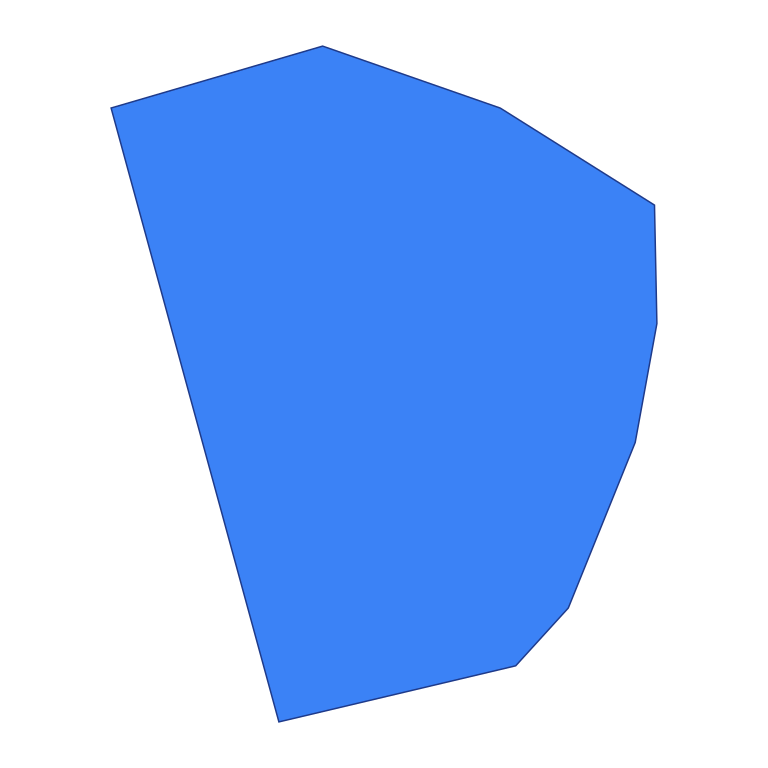 the Parish of Saint George Gingerland
{"feature_id": "KNA-5102", "entity_name": "Saint George Gingerland", "entity_type": "Parish", "adm_level": 1, "iso_a3": "KNA", "parent_name": "Saint Kitts and Nevis", "parent_adm1": "", "projection": "orthographic", "projection_center": [-62.55, 17.125], "detail": "fine", "context": "isolated", "style": "filled", "palette": "blue", "viewbox_px": 768, "rotation_deg": 0, "n_neighbors": 0, "source": "natural_earth", "source_scale": "10m", "svg_char_len": 251}
<svg xmlns="http://www.w3.org/2000/svg" viewBox="0 0 768 768"><path d="M654.5,205.1L656.9,323.6L635.2,442.5L568.3,608.0L515.7,665.8L278.9,721.9L111.1,108.0L322.6,46.1L500.3,108.1L654.5,205.1Z" fill="#3b82f6" stroke="#1e3a8a" stroke-width="1.5"/></svg>